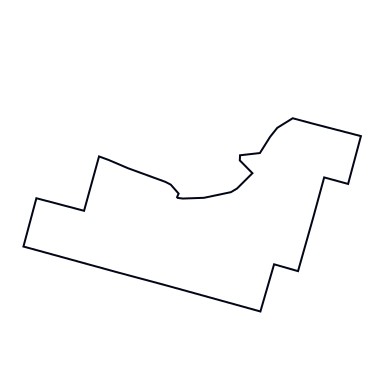 Bay, Michigan, United States of America, rotated 285°
{"feature_id": "52423323B76929039895694", "entity_name": "Bay", "entity_type": "district", "adm_level": 2, "iso_a3": "USA", "parent_name": "United States of America", "parent_adm1": "Michigan", "projection": "albers", "projection_center": [-83.928, 43.738], "detail": "fine", "context": "isolated", "style": "outline", "palette": "ink", "viewbox_px": 384, "rotation_deg": 285, "n_neighbors": 0, "source": "geoboundaries", "source_scale": "gbopen_adm2", "svg_char_len": 564}
<svg xmlns="http://www.w3.org/2000/svg" viewBox="0 0 384 384"><g transform="rotate(285 192 192)"><path d="M95.7,43.3L95.1,141.5L95.1,190.6L94.3,289.0L143.4,290.0L143.0,314.9L199.2,315.7L240.3,315.9L240.2,340.7L289.7,340.7L289.3,290.8L289.3,270.2L276.1,257.8L265.6,253.2L247.2,247.5L239.9,228.9L234.9,230.0L225.8,245.5L207.0,234.6L201.9,229.6L189.5,205.1L185.4,191.7L183.3,184.8L182.6,179.8L183.1,178.9L187.0,179.5L193.6,169.6L194.9,163.7L198.4,124.0L201.4,102.9L202.3,93.0L145.9,92.6L145.7,43.3L95.7,43.3Z" fill="none" stroke="#020617" stroke-width="2"/></g></svg>